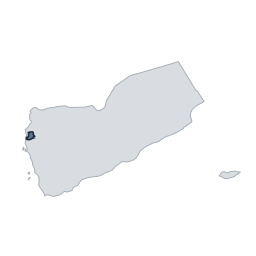 Abs, Hajjah, Yemen (highlighted), rotated 354°
{"feature_id": "15242507B78057914295959", "entity_name": "Abs", "entity_type": "district", "adm_level": 2, "iso_a3": "YEM", "parent_name": "Yemen", "parent_adm1": "Hajjah", "projection": "orthographic", "projection_center": [43.036, 16.018], "detail": "fine", "context": "in_parent", "style": "filled", "palette": "slate", "viewbox_px": 256, "rotation_deg": 354, "n_neighbors": 0, "source": "geoboundaries", "source_scale": "gbopen_adm2", "svg_char_len": 4129}
<svg xmlns="http://www.w3.org/2000/svg" viewBox="0 0 256 256"><g transform="rotate(354 128 128)"><path d="M206.4,109.6L197.7,113.3L195.5,114.9L193.5,116.8L192.0,119.1L191.1,123.1L192.1,126.7L192.1,128.6L189.8,130.0L187.7,131.0L185.4,132.5L184.0,132.9L182.9,134.1L181.5,134.9L176.7,137.2L171.3,139.0L162.8,141.2L159.5,143.3L156.5,144.8L151.9,145.4L145.6,147.6L142.2,149.2L137.9,151.9L136.9,152.7L136.2,154.6L134.9,156.3L132.3,159.0L130.3,160.4L129.0,160.5L126.5,161.3L123.4,161.6L118.3,160.8L117.0,161.4L115.9,162.5L112.0,164.4L108.0,168.1L105.1,169.1L100.3,170.4L97.0,171.9L94.8,172.6L91.9,172.9L86.5,172.9L81.5,173.5L76.8,174.6L74.6,176.5L72.1,179.6L68.0,181.0L67.0,182.1L65.8,184.3L63.1,184.9L60.7,185.3L58.2,184.4L53.6,187.1L51.8,187.6L49.1,187.7L47.2,188.3L45.9,188.1L44.2,187.1L40.5,185.8L37.9,186.7L37.7,184.1L33.3,176.2L34.2,169.3L34.2,168.4L33.3,165.3L30.7,162.5L30.8,158.9L29.9,156.4L29.2,153.8L29.5,153.1L29.5,152.5L28.2,148.5L27.8,147.6L27.6,146.8L28.0,146.2L28.0,145.4L27.3,144.2L26.6,141.8L23.1,140.0L23.8,138.3L24.5,138.9L25.4,139.4L25.6,138.3L25.6,137.4L24.1,132.2L26.3,125.2L25.6,119.0L28.9,116.5L29.7,115.7L30.2,115.0L31.0,113.6L32.1,113.1L32.4,111.6L32.4,110.9L31.7,110.2L31.2,108.5L31.4,106.3L31.5,105.3L31.9,103.6L33.0,103.0L33.3,102.5L32.4,101.4L32.5,100.8L34.5,99.0L35.2,98.4L36.5,97.9L37.5,97.9L38.6,98.2L39.6,98.7L40.6,99.6L41.7,100.7L43.3,101.0L44.4,100.9L45.3,101.4L46.0,101.1L46.9,100.6L48.3,100.6L49.5,100.0L53.0,99.7L56.3,99.9L59.9,99.3L63.4,99.3L66.9,99.3L67.7,99.4L68.5,99.7L71.5,101.3L73.8,101.6L78.3,102.0L83.2,102.4L87.4,102.7L91.0,102.3L93.9,101.9L94.7,101.9L95.6,102.9L97.5,105.3L99.2,107.6L102.1,107.7L104.0,106.8L106.1,105.5L107.3,104.5L108.7,100.7L109.6,98.3L111.7,95.5L113.5,93.2L115.8,90.1L117.1,88.4L119.6,85.0L122.1,83.6L126.8,81.0L131.5,78.4L134.5,76.7L137.1,75.9L141.5,75.2L146.6,74.3L151.7,73.4L157.2,72.4L163.2,71.3L167.4,70.6L172.7,69.6L177.1,68.8L181.0,68.0L185.0,67.3L185.9,69.1L186.7,70.9L187.6,72.7L188.4,74.5L189.3,76.3L190.1,78.1L191.0,79.9L191.9,81.7L192.7,83.5L193.6,85.3L194.4,87.1L195.3,88.9L196.1,90.7L197.0,92.5L197.9,94.3L198.7,96.1L199.6,97.9L200.8,98.4L201.7,100.1L202.8,102.5L204.0,104.9L205.2,107.2L206.4,109.6ZM221.6,182.8L222.7,183.0L224.3,182.3L229.1,181.9L234.9,183.7L233.8,184.3L233.2,185.0L230.7,185.8L228.3,187.6L221.1,188.7L218.9,188.4L217.1,187.0L213.8,185.1L215.0,183.8L215.3,183.2L215.7,182.6L217.5,181.6L219.4,181.6L221.6,182.8ZM25.3,163.2L25.1,163.6L24.8,163.5L23.7,162.6L24.9,161.5L25.5,162.5L25.3,163.2ZM21.9,138.7L21.3,139.1L21.1,138.4L21.5,136.8L22.1,136.3L22.5,137.5L22.2,138.1L21.9,138.7ZM24.8,168.1L23.6,168.7L24.4,167.2L25.2,166.9L25.4,167.0L24.8,168.1Z" fill="#d9dde1" stroke="#a8b0b8" stroke-width="1"/><path d="M26.1,126.8L26.1,127.0L25.9,127.1L25.9,127.3L26.0,127.3L26.0,127.2L26.1,127.3L26.1,127.5L25.9,127.6L26.0,127.7L25.9,127.7L25.9,127.8L26.0,127.8L25.9,127.9L25.9,128.0L25.8,128.3L26.1,128.5L26.4,128.7L26.5,128.7L26.6,128.8L26.8,128.9L26.8,129.0L27.0,129.1L27.3,129.2L27.6,129.2L27.9,129.3L28.1,129.3L28.5,129.3L28.9,129.2L29.3,129.2L29.5,129.2L29.9,129.1L31.0,128.7L31.5,128.5L31.9,128.3L32.3,128.2L32.5,128.1L32.8,128.0L33.1,128.0L33.0,127.9L33.0,127.7L32.9,127.7L32.9,127.4L33.0,127.3L33.0,127.2L33.3,127.0L33.3,126.9L33.5,126.9L33.6,126.7L33.8,126.7L34.0,126.7L34.3,126.6L34.2,126.4L34.2,126.2L34.0,125.9L33.9,125.8L33.9,125.7L33.7,125.5L33.7,125.4L33.5,125.2L33.4,125.2L33.2,125.1L33.1,124.9L33.1,124.7L33.1,124.4L33.1,124.2L33.2,123.9L33.2,123.7L33.3,123.7L33.3,123.4L33.3,123.2L33.2,123.1L33.2,122.9L33.2,122.7L33.0,122.4L32.9,122.3L32.9,122.2L32.8,121.9L32.7,121.9L32.4,121.8L32.2,121.8L31.9,121.8L31.7,121.8L31.5,121.7L31.4,121.7L31.2,121.8L30.9,121.8L30.6,121.8L30.4,121.8L30.0,121.9L29.8,121.8L29.7,121.9L29.4,121.9L29.2,121.9L29.2,122.0L29.0,121.9L28.9,121.9L28.4,122.0L28.6,122.9L28.5,123.0L28.5,123.3L28.5,123.5L28.4,123.6L28.4,123.8L28.4,124.0L28.3,124.3L28.3,124.5L28.3,124.8L28.3,125.0L28.3,125.3L28.3,125.5L28.2,125.6L28.2,125.8L27.9,126.0L27.8,126.3L27.7,126.4L27.7,126.5L27.3,126.8L27.2,126.8L26.9,126.8L26.7,126.8L26.4,126.8L26.2,126.8L26.1,126.8Z" fill="#64748b" stroke="#1e293b" stroke-width="1.5"/></g></svg>